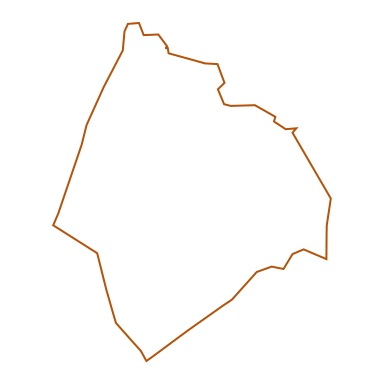 Edgecombe, North Carolina, United States of America (Albers equal-area conic projection)
{"feature_id": "52423323B70191096340294", "entity_name": "Edgecombe", "entity_type": "district", "adm_level": 2, "iso_a3": "USA", "parent_name": "United States of America", "parent_adm1": "North Carolina", "projection": "albers", "projection_center": [-77.591, 35.915], "detail": "fine", "context": "isolated", "style": "outline", "palette": "amber", "viewbox_px": 384, "rotation_deg": 0, "n_neighbors": 0, "source": "geoboundaries", "source_scale": "gbopen_adm2", "svg_char_len": 794}
<svg xmlns="http://www.w3.org/2000/svg" viewBox="0 0 384 384"><path d="M146.4,361.0L148.7,359.4L151.8,357.2L187.4,330.8L223.0,305.6L232.0,299.6L256.7,272.0L271.7,266.6L283.5,269.0L292.5,254.1L303.6,249.4L326.4,259.1L326.6,233.1L326.8,225.1L330.8,198.5L292.5,132.7L296.3,128.3L285.7,129.2L274.0,121.5L275.3,116.8L254.9,105.2L230.7,105.9L224.1,104.2L217.9,89.3L224.5,82.9L217.5,64.1L205.0,63.4L168.6,53.3L167.7,47.7L167.5,47.4L167.2,47.8L166.5,48.0L166.0,48.2L165.9,48.0L165.9,47.8L165.9,47.7L166.4,47.1L166.9,46.9L166.9,46.7L166.9,46.0L158.3,34.5L143.7,35.1L139.0,23.0L127.9,23.9L124.5,31.4L122.8,50.4L103.7,87.1L86.6,125.0L81.6,144.9L58.3,213.4L53.2,225.3L97.2,253.2L106.2,289.2L113.1,313.3L115.9,322.9L130.5,339.4L140.9,351.0L146.4,361.0Z" fill="none" stroke="#b45309" stroke-width="2"/></svg>